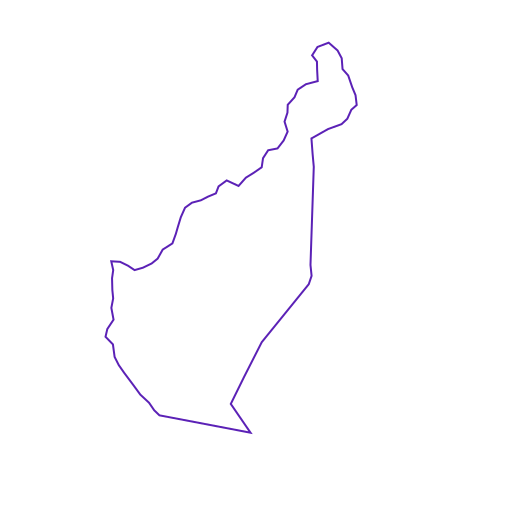 Nova Olinda, Paraíba, Brazil (orthographic projection), rotated 60°
{"feature_id": "56859067B38165704996968", "entity_name": "Nova Olinda", "entity_type": "district", "adm_level": 2, "iso_a3": "BRA", "parent_name": "Brazil", "parent_adm1": "Paraíba", "projection": "orthographic", "projection_center": [-38.038, -7.461], "detail": "fine", "context": "isolated", "style": "outline", "palette": "violet", "viewbox_px": 512, "rotation_deg": 60, "n_neighbors": 0, "source": "geoboundaries", "source_scale": "gbopen_adm2", "svg_char_len": 1104}
<svg xmlns="http://www.w3.org/2000/svg" viewBox="0 0 512 512"><g transform="rotate(60 256 256)"><path d="M406.3,349.1L371.5,351.8L354.7,326.7L333.5,294.1L306.8,224.4L301.0,217.8L291.0,213.3L207.7,161.4L195.8,155.9L181.9,149.2L182.1,130.1L184.6,116.0L182.8,108.3L177.0,100.3L175.6,93.3L166.5,89.4L158.0,88.3L145.8,85.9L137.4,87.6L127.6,82.9L118.8,82.6L107.6,86.4L105.7,98.2L110.3,107.1L118.1,106.0L125.2,109.9L135.4,115.1L132.2,126.8L132.8,136.7L137.8,143.3L140.9,152.9L147.6,157.1L153.9,164.1L164.1,166.4L169.8,174.3L173.6,183.6L170.5,192.6L174.8,201.0L182.0,206.7L182.8,216.3L183.1,225.6L186.6,236.1L175.9,243.6L177.0,253.6L181.7,259.4L180.6,267.8L180.2,275.9L177.8,284.8L178.7,293.3L184.8,301.7L191.9,309.3L196.8,314.4L203.3,322.1L203.8,333.6L209.1,342.5L210.3,350.1L209.6,359.8L207.5,368.2L200.4,371.7L193.1,376.6L188.2,384.0L196.8,386.7L203.3,391.8L213.6,397.4L221.3,400.9L228.6,407.2L239.9,411.2L244.9,421.3L250.7,426.7L261.0,424.1L272.7,428.9L281.9,429.4L291.1,428.6L307.0,426.7L318.2,425.5L329.6,422.0L338.7,421.3L345.7,419.3L406.3,349.1Z" fill="none" stroke="#5b21b6" stroke-width="2"/></g></svg>